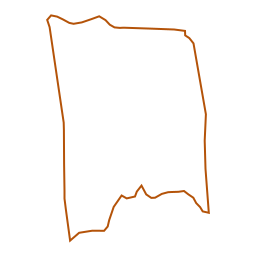 the district of São Benedito do Sul, Pernambuco, Brazil
{"feature_id": "56859067B38908214593932", "entity_name": "São Benedito do Sul", "entity_type": "district", "adm_level": 2, "iso_a3": "BRA", "parent_name": "Brazil", "parent_adm1": "Pernambuco", "projection": "natural_earth1", "projection_center": [-35.906, -8.816], "detail": "fine", "context": "isolated", "style": "outline", "palette": "amber", "viewbox_px": 256, "rotation_deg": 0, "n_neighbors": 0, "source": "geoboundaries", "source_scale": "gbopen_adm2", "svg_char_len": 791}
<svg xmlns="http://www.w3.org/2000/svg" viewBox="0 0 256 256"><path d="M185.0,30.9L174.2,29.5L150.3,28.6L123.6,27.7L119.8,27.9L114.5,27.4L109.8,24.7L105.5,20.1L99.2,16.3L91.5,19.1L81.8,22.4L73.6,23.8L69.3,22.9L62.7,19.3L57.1,16.6L51.1,15.4L47.2,19.9L49.6,27.1L57.8,82.7L63.7,122.6L63.9,130.1L64.1,164.6L64.5,191.1L64.5,198.6L65.9,209.7L70.1,240.6L79.1,232.8L88.5,231.3L92.4,230.7L104.1,230.8L107.7,226.5L109.2,220.1L113.7,206.9L121.6,195.5L126.7,198.4L135.0,196.5L136.8,191.6L141.5,185.6L146.2,194.4L151.3,197.9L155.1,197.7L161.8,193.9L168.1,192.2L171.9,192.0L178.4,191.8L184.0,191.0L188.4,194.4L193.3,197.7L196.2,203.1L200.1,207.1L202.7,211.4L208.8,212.8L205.5,168.9L204.7,140.7L205.9,114.3L193.5,43.4L189.3,38.1L185.2,35.4L185.0,30.9Z" fill="none" stroke="#b45309" stroke-width="2"/></svg>